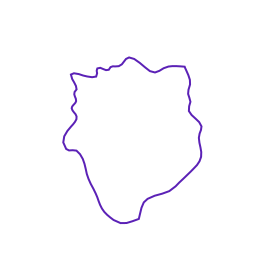 the State of Aguascalientes, rotated 306°
{"feature_id": "MEX-2717", "entity_name": "Aguascalientes", "entity_type": "State", "adm_level": 1, "iso_a3": "MEX", "parent_name": "Mexico", "parent_adm1": "", "projection": "natural_earth1", "projection_center": [-102.327, 22.067], "detail": "fine", "context": "isolated", "style": "outline", "palette": "violet", "viewbox_px": 256, "rotation_deg": 306, "n_neighbors": 0, "source": "natural_earth", "source_scale": "10m", "svg_char_len": 1620}
<svg xmlns="http://www.w3.org/2000/svg" viewBox="0 0 256 256"><g transform="rotate(306 128 128)"><path d="M210.9,137.8L210.5,138.4L210.1,139.0L209.7,139.7L209.4,140.3L206.2,145.8L203.3,149.8L199.7,152.6L194.4,154.5L190.9,156.6L188.5,159.9L185.9,163.1L181.5,164.7L177.5,167.3L175.9,171.8L175.3,177.0L174.6,182.1L172.5,186.5L169.3,188.2L165.6,189.2L161.7,191.1L158.1,194.4L154.9,198.0L151.6,201.4L147.6,204.1L143.1,205.4L138.6,205.6L134.0,205.0L129.3,204.3L124.2,203.4L119.1,202.5L113.9,201.5L108.8,200.8L101.2,198.5L95.0,194.3L88.9,189.4L82.2,185.5L77.1,184.5L71.4,185.8L65.8,188.1L60.8,190.2L55.2,186.4L50.3,182.7L46.7,177.9L45.1,170.4L45.2,166.2L45.5,162.1L46.2,158.1L47.5,154.3L49.4,150.6L51.6,147.2L53.9,143.9L56.0,140.4L58.5,135.7L60.9,130.7L63.6,126.0L66.6,121.7L70.0,117.9L73.4,113.9L76.4,109.6L78.6,104.6L79.4,99.6L77.5,96.3L75.2,93.5L74.7,90.3L78.3,84.1L83.8,81.3L90.0,80.7L95.9,81.1L98.6,81.4L101.8,81.5L104.8,81.1L107.1,79.6L108.3,77.5L108.9,75.1L109.6,72.8L110.8,70.9L111.3,70.7L111.8,70.4L112.4,70.3L113.0,70.2L114.6,70.3L116.2,70.5L117.7,70.6L119.3,70.2L121.0,68.6L122.3,66.5L123.7,64.7L125.8,63.6L129.0,63.7L131.4,61.2L133.3,57.5L134.8,54.1L137.7,50.4L140.5,52.1L142.7,56.5L144.1,60.9L145.7,64.7L148.0,69.1L150.9,72.0L154.2,70.8L155.1,69.8L156.0,69.0L157.1,68.5L158.2,68.2L160.4,70.2L161.1,73.2L161.9,76.2L163.8,78.2L167.0,78.1L168.9,79.4L170.5,81.7L172.6,84.2L175.9,85.6L179.3,85.7L182.7,85.8L185.7,87.4L187.5,92.4L187.6,99.2L187.1,106.3L186.9,112.3L188.8,117.2L192.7,119.8L197.3,121.7L201.5,124.6L204.2,127.6L206.5,130.8L208.7,134.2L210.9,137.8Z" fill="none" stroke="#5b21b6" stroke-width="2"/></g></svg>